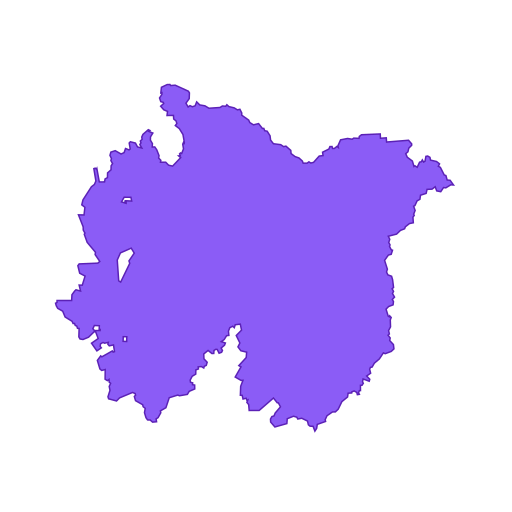 Central Highlands (Qld), Queensland, Australia, rotated 173°
{"feature_id": "25037944B88333903625107", "entity_name": "Central Highlands (Qld)", "entity_type": "district", "adm_level": 2, "iso_a3": "AUS", "parent_name": "Australia", "parent_adm1": "Queensland", "projection": "albers", "projection_center": [148.529, -24.063], "detail": "fine", "context": "isolated", "style": "filled", "palette": "violet", "viewbox_px": 512, "rotation_deg": 173, "n_neighbors": 0, "source": "geoboundaries", "source_scale": "gbopen_adm2", "svg_char_len": 6101}
<svg xmlns="http://www.w3.org/2000/svg" viewBox="0 0 512 512"><g transform="rotate(173 256 256)"><path d="M452.9,218.7L446.5,213.6L445.8,211.3L444.3,211.1L443.9,209.1L442.4,208.3L442.0,206.0L440.4,205.6L441.7,197.3L440.8,195.1L437.9,194.2L432.1,195.8L425.9,200.5L424.4,200.3L422.7,193.3L429.9,189.5L425.5,181.2L420.7,183.7L421.7,185.3L421.0,187.8L418.4,188.8L416.9,187.9L413.1,188.3L413.8,186.5L412.6,184.7L408.3,185.1L408.1,178.3L409.5,178.0L410.2,179.3L421.3,174.7L422.3,175.8L426.2,171.7L424.7,162.9L423.1,161.2L419.5,161.7L420.8,152.1L418.7,150.4L416.9,151.4L417.1,148.7L415.8,147.4L417.6,144.4L417.3,140.5L420.1,134.3L419.7,132.2L412.1,129.1L408.7,131.8L395.2,135.6L392.7,134.2L392.5,132.5L393.9,131.4L393.2,127.1L386.6,122.2L386.4,120.2L384.5,118.3L385.8,114.1L384.9,108.9L383.6,106.5L381.0,106.1L378.9,103.7L374.9,103.6L375.0,106.5L372.9,107.5L369.6,112.0L369.8,113.9L363.9,116.4L359.4,125.9L350.6,127.5L349.0,126.6L341.0,127.0L338.8,129.8L333.0,131.5L332.6,135.4L334.7,136.0L334.3,137.8L336.4,138.7L336.5,140.8L334.0,144.4L330.2,146.1L329.6,150.3L326.9,150.9L326.9,153.0L323.7,152.9L321.5,151.2L320.8,152.8L318.7,153.5L317.4,156.5L320.2,160.3L319.8,165.1L315.1,168.1L311.7,164.6L309.8,164.4L309.2,167.4L307.2,168.3L305.9,168.0L304.5,164.0L301.9,164.6L300.8,166.3L301.8,168.9L298.1,171.3L297.0,173.4L300.9,175.2L297.7,177.0L294.9,180.5L292.6,180.5L292.5,184.8L290.7,188.1L287.6,189.1L286.3,187.5L285.0,190.3L279.9,190.3L279.4,184.2L285.3,179.5L282.6,171.6L285.0,168.0L282.6,163.8L277.0,161.7L278.1,156.4L286.4,149.3L284.4,147.8L291.4,138.4L286.1,134.4L284.1,134.2L287.1,128.5L288.5,119.7L286.7,119.4L286.3,115.6L283.1,116.0L282.6,113.8L281.7,114.1L282.9,111.8L281.4,109.4L281.6,103.5L271.7,102.3L256.0,112.9L252.8,107.7L251.7,107.5L250.1,103.3L256.1,97.8L257.6,95.1L259.8,94.7L261.5,92.4L261.7,89.4L258.1,84.0L245.8,85.9L244.8,90.7L238.3,92.4L235.1,91.0L234.4,89.1L230.4,89.4L225.0,85.9L224.6,82.1L223.1,80.5L220.1,80.0L218.9,75.0L216.8,77.5L215.7,81.4L207.1,83.3L207.3,85.1L205.0,88.8L199.1,91.9L196.2,91.6L193.1,93.9L188.5,101.0L182.3,104.9L181.3,108.6L177.7,108.4L177.4,109.5L175.0,110.1L172.6,108.3L172.3,106.0L170.3,106.1L170.9,107.7L169.8,109.8L168.7,109.7L168.1,114.9L166.5,114.8L165.0,116.6L165.6,118.1L164.7,120.9L158.9,117.9L158.1,119.8L160.8,123.4L156.5,125.7L157.0,129.8L156.0,131.5L154.3,131.6L151.6,135.2L146.1,138.8L141.4,144.3L139.7,143.3L133.4,144.8L130.4,147.0L130.4,151.4L133.6,155.8L132.8,158.3L134.6,161.3L133.1,162.4L133.5,165.8L131.1,169.3L130.5,176.2L129.3,178.5L130.6,180.3L131.1,179.4L132.1,180.2L133.4,187.4L130.5,189.7L125.9,190.8L125.1,194.0L126.0,196.3L123.5,198.3L125.1,202.2L123.8,204.1L124.9,206.9L123.3,208.0L123.3,215.8L123.9,219.4L127.4,221.2L128.4,224.2L127.2,226.9L128.9,236.0L124.5,240.8L121.6,241.2L119.8,245.1L121.0,245.7L122.3,249.2L121.6,250.7L122.6,253.2L121.2,256.3L122.3,259.5L113.8,260.6L109.5,263.8L105.2,264.9L104.2,266.8L99.7,269.5L95.8,269.8L95.5,275.4L94.0,277.0L94.4,278.3L92.5,281.8L93.5,286.2L92.1,286.7L89.4,291.1L86.4,292.3L85.3,296.3L79.5,297.4L78.1,301.3L73.1,300.9L69.7,302.9L68.7,298.6L64.8,297.3L61.5,301.1L59.3,300.5L54.0,302.9L51.3,302.4L54.1,307.5L57.0,308.1L57.7,312.7L59.3,313.5L62.2,321.5L64.1,322.8L62.6,325.1L65.3,327.8L71.1,329.9L71.3,332.7L73.4,334.3L75.2,334.2L76.7,329.5L78.2,328.8L79.2,331.1L80.4,329.4L82.2,329.2L85.2,324.4L87.3,326.2L88.3,325.6L89.2,331.2L93.8,335.6L94.9,339.3L92.5,340.9L91.2,344.4L88.0,346.9L87.8,348.3L90.5,352.3L112.5,353.2L112.3,357.4L118.1,357.7L117.8,362.0L136.5,363.5L138.9,362.1L139.4,360.2L144.6,361.1L146.3,360.2L150.8,361.5L157.9,361.0L161.2,355.5L161.1,353.7L162.3,354.9L165.1,353.2L166.9,353.4L167.2,355.4L169.3,355.6L170.6,353.3L177.3,350.9L177.2,347.5L181.1,347.5L187.5,341.9L190.3,341.6L192.0,343.0L194.0,341.9L197.9,342.4L198.4,344.6L201.4,348.1L205.1,349.9L208.7,353.4L208.6,356.6L212.9,361.4L215.3,361.2L217.9,363.5L225.0,365.3L227.4,369.3L227.4,373.6L229.7,378.5L232.1,379.3L232.7,381.7L234.1,381.8L237.3,387.1L242.5,386.5L245.9,389.2L246.7,391.8L253.0,397.5L252.7,399.7L254.1,403.6L256.6,403.3L259.6,405.7L264.7,407.6L266.5,409.7L267.8,408.3L271.1,409.0L273.6,407.8L284.7,408.4L288.4,411.3L293.4,412.8L296.1,416.2L298.1,412.5L301.0,411.9L303.2,413.3L305.2,412.2L306.9,416.2L303.1,420.3L302.2,426.0L303.0,427.8L315.4,435.4L320.0,435.6L320.5,436.7L323.2,437.0L329.3,435.0L330.6,429.4L329.5,429.6L329.7,427.9L332.5,424.6L331.7,420.8L329.3,419.8L329.0,418.6L332.4,416.3L329.7,412.3L326.2,410.3L327.2,406.3L320.8,405.6L321.0,402.0L318.9,399.8L318.4,397.2L320.2,395.3L316.6,391.8L313.7,385.5L313.3,377.7L313.7,375.6L313.9,378.0L315.1,375.9L314.9,371.2L317.3,366.8L318.4,367.5L319.4,366.7L318.9,364.8L320.6,364.8L318.8,362.8L327.8,355.4L331.7,356.8L334.2,360.1L339.4,360.7L338.8,362.6L340.7,365.1L340.0,367.4L341.6,373.6L343.2,376.6L345.7,376.8L345.1,380.2L346.7,383.9L346.2,387.1L343.4,390.6L347.2,392.7L346.0,393.5L347.5,394.5L353.4,390.5L354.9,388.0L354.8,385.7L356.8,384.2L356.4,382.3L357.7,380.8L356.2,377.1L360.3,378.7L361.9,382.8L366.8,384.7L368.1,383.6L367.8,377.6L369.1,376.8L372.4,378.6L374.3,374.7L377.5,373.7L382.9,377.7L387.4,376.8L388.7,373.7L387.6,370.3L388.4,368.4L387.1,365.2L388.8,363.2L389.4,359.2L393.2,356.6L393.9,351.9L396.4,350.9L397.3,348.0L402.5,348.6L403.3,362.3L403.8,361.6L404.9,362.8L406.3,362.5L405.8,349.9L407.7,346.7L410.9,344.8L420.9,332.8L422.7,328.0L419.9,325.2L421.7,317.7L427.2,318.5L424.0,306.0L424.3,302.8L423.0,299.6L423.8,298.5L421.9,290.1L414.9,279.3L415.5,277.0L411.7,269.6L413.9,268.2L432.5,269.7L434.0,268.1L433.1,260.4L428.1,256.9L432.0,248.2L435.1,248.7L434.4,242.6L438.8,244.4L440.3,243.3L443.4,240.0L444.4,234.3L458.9,236.1L459.2,234.1L460.7,233.6L460.3,230.9L459.2,228.2L454.6,224.8L452.9,218.7ZM393.5,246.6L395.3,248.1L394.2,268.9L390.2,275.6L378.9,279.0L376.5,273.7L382.7,266.6L382.2,264.1L393.5,246.6ZM373.0,329.5L372.7,325.7L379.1,326.8L379.4,326.0L378.2,326.1L378.5,324.1L382.9,326.1L379.7,330.4L373.0,329.5ZM424.9,206.7L420.0,205.9L420.6,202.3L419.6,202.1L419.8,201.0L425.4,201.7L426.8,203.7L424.9,206.7ZM394.1,191.6L394.8,186.9L398.3,187.5L397.6,192.1L394.1,191.6Z" fill="#8b5cf6" stroke="#5b21b6" stroke-width="1.5"/></g></svg>